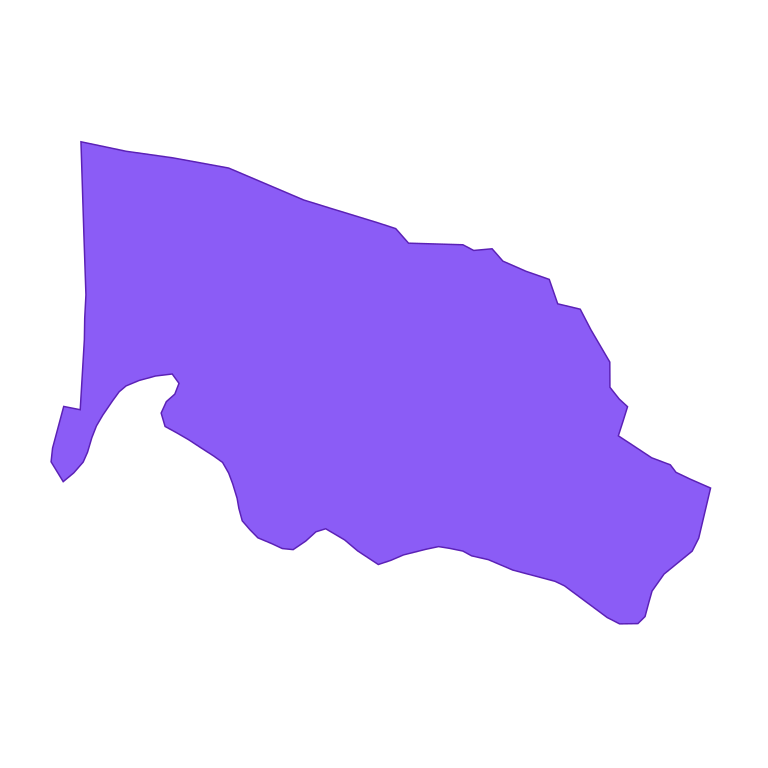 the district of Estrela, Rio Grande do Sul, Brazil, rotated 272°
{"feature_id": "56859067B89711005984674", "entity_name": "Estrela", "entity_type": "district", "adm_level": 2, "iso_a3": "BRA", "parent_name": "Brazil", "parent_adm1": "Rio Grande do Sul", "projection": "robinson", "projection_center": [-51.937, -29.513], "detail": "fine", "context": "isolated", "style": "filled", "palette": "violet", "viewbox_px": 768, "rotation_deg": 272, "n_neighbors": 0, "source": "geoboundaries", "source_scale": "gbopen_adm2", "svg_char_len": 1319}
<svg xmlns="http://www.w3.org/2000/svg" viewBox="0 0 768 768"><g transform="rotate(272 384 384)"><path d="M275.2,66.8L284.4,77.1L295.5,86.1L305.5,90.1L320.2,93.9L332.1,98.1L343.0,104.0L357.7,113.3L367.0,119.6L373.1,126.3L379.0,139.2L384.0,155.3L386.6,172.0L377.5,179.1L366.6,175.3L358.8,167.1L347.2,162.3L333.9,166.7L328.0,178.5L321.6,190.5L313.7,203.5L306.1,216.3L300.0,225.4L289.5,231.9L278.9,236.3L264.6,241.2L254.6,243.3L242.3,247.1L233.5,255.3L225.9,263.3L220.3,278.0L216.0,288.1L215.3,299.0L224.4,311.4L233.9,321.1L237.3,330.8L226.8,350.1L216.2,363.6L203.4,384.6L208.0,397.0L213.9,409.5L220.3,431.7L223.4,444.2L222.1,454.9L219.8,468.6L215.3,477.6L212.1,494.4L202.5,519.3L192.8,561.7L188.6,571.4L158.4,615.2L152.5,627.8L153.4,646.1L160.7,653.0L175.4,656.4L186.4,659.1L203.8,670.5L227.7,697.8L240.9,703.9L291.4,714.0L300.0,692.4L305.9,678.9L313.2,673.0L319.6,654.1L340.4,620.0L355.9,624.4L369.8,628.2L377.2,619.6L388.6,609.9L413.8,608.9L445.4,588.9L465.6,577.5L470.2,554.8L494.3,545.5L501.6,522.0L510.9,498.6L522.9,487.3L520.6,469.0L525.9,458.0L525.6,403.6L539.7,390.3L544.9,372.2L557.6,324.9L565.1,297.3L594.4,221.2L602.6,165.4L607.6,118.1L615.5,72.7L523.7,78.8L462.7,83.0L439.3,82.6L417.9,83.0L347.7,81.3L350.4,64.7L308.4,55.0L294.6,54.0L275.2,66.8Z" fill="#8b5cf6" stroke="#5b21b6" stroke-width="1.5"/></g></svg>